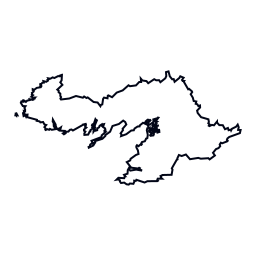 outline of Donegal Lea-6, Donegal, Ireland
{"feature_id": "5873133B96049761393494", "entity_name": "Donegal Lea-6", "entity_type": "district", "adm_level": 2, "iso_a3": "IRL", "parent_name": "Ireland", "parent_adm1": "Donegal", "projection": "mercator", "projection_center": [-8.322, 54.625], "detail": "fine", "context": "isolated", "style": "outline", "palette": "ink", "viewbox_px": 256, "rotation_deg": 0, "n_neighbors": 0, "source": "geoboundaries", "source_scale": "gbopen_adm2", "svg_char_len": 5813}
<svg xmlns="http://www.w3.org/2000/svg" viewBox="0 0 256 256"><path d="M144.6,182.5L147.4,181.2L157.4,181.1L158.0,180.7L157.3,179.8L157.7,178.7L162.1,178.7L160.8,177.6L161.2,176.8L160.6,176.0L162.5,175.0L171.6,174.8L172.5,169.6L171.8,168.4L176.7,159.8L177.5,159.4L177.3,158.4L178.9,155.0L181.7,156.0L185.9,154.5L190.0,159.2L198.3,157.9L200.8,158.7L208.4,158.2L209.6,159.4L214.9,155.5L213.0,152.8L216.0,149.1L218.5,148.1L220.2,146.2L219.7,144.5L220.9,142.7L222.1,143.3L227.1,141.4L227.7,140.8L226.9,139.9L227.4,138.5L229.2,137.0L239.9,133.1L240.6,130.0L238.1,129.9L238.7,127.2L237.7,124.6L236.1,126.7L231.9,128.8L231.1,130.4L230.8,129.6L228.6,130.2L227.9,128.0L225.0,129.2L222.8,125.2L219.3,125.1L217.0,122.5L217.0,121.6L214.0,125.3L211.9,124.9L209.5,126.1L208.8,125.7L209.6,124.4L208.3,123.3L208.9,122.0L208.4,119.3L201.1,117.2L197.7,113.0L197.1,110.6L200.1,107.5L200.0,105.5L198.4,106.1L197.3,104.3L195.7,103.8L196.3,101.5L193.7,101.0L192.8,97.6L190.7,94.2L192.2,92.1L191.9,91.3L189.1,88.9L188.2,89.3L183.8,81.7L184.2,81.0L182.7,81.0L182.0,80.0L183.6,77.7L180.3,76.3L179.3,78.0L174.6,81.8L173.7,79.1L172.2,79.3L169.8,76.3L168.5,71.4L166.0,72.1L166.3,76.1L165.3,78.3L160.4,82.2L159.1,80.2L156.2,80.3L154.2,79.2L148.2,83.2L146.5,81.1L142.4,80.5L140.8,78.6L141.1,82.0L139.2,82.0L136.0,85.4L130.0,86.2L128.5,85.3L122.7,90.4L116.7,92.6L112.1,97.2L108.4,95.4L107.8,95.7L107.5,98.3L104.0,97.6L103.1,98.9L102.3,104.4L100.9,104.9L100.4,106.2L97.6,102.5L93.6,102.0L87.7,97.4L86.5,98.0L84.1,96.5L82.9,97.7L76.0,96.0L69.3,98.5L61.0,99.5L60.4,98.6L61.1,97.1L60.3,95.9L60.3,93.6L58.6,92.2L58.7,90.7L57.3,89.6L62.4,84.9L60.3,82.3L61.6,80.4L61.9,75.5L61.1,76.1L59.6,76.3L58.1,76.1L54.4,78.0L52.6,77.4L50.4,78.7L48.1,78.3L48.6,79.3L47.5,79.8L47.9,80.7L46.2,81.8L43.4,81.1L43.8,82.6L42.3,82.8L40.7,84.7L41.0,85.1L40.4,85.8L41.3,86.3L40.8,87.2L36.7,87.9L34.2,89.8L32.7,89.2L32.7,90.0L33.8,90.4L33.7,91.5L31.9,92.9L32.2,93.7L31.8,94.6L33.0,95.2L31.5,96.6L32.2,96.7L32.4,98.3L34.1,98.2L34.3,97.5L34.9,97.5L34.4,97.9L35.6,98.5L33.8,98.3L33.6,99.5L32.7,99.9L29.5,99.2L29.7,100.1L27.2,100.6L25.9,101.9L25.2,101.2L24.1,101.6L24.0,100.5L23.2,100.2L22.4,101.7L21.4,101.4L20.8,102.8L22.8,106.0L25.5,106.2L24.4,107.8L25.1,109.5L25.1,111.2L23.9,110.9L24.1,111.9L23.0,113.1L23.6,116.1L24.5,115.7L24.8,114.2L25.8,116.2L26.1,114.7L27.5,114.6L27.2,117.0L28.0,117.4L36.9,119.8L36.7,120.8L39.6,121.4L40.4,122.4L43.1,122.0L44.4,124.4L46.2,125.0L44.4,127.1L45.9,128.8L45.3,129.6L45.6,130.0L47.6,129.2L49.1,129.8L49.9,128.9L51.8,129.8L55.8,129.1L53.8,126.3L53.6,122.9L52.7,121.6L52.9,119.6L55.4,124.1L54.7,124.4L54.5,126.0L55.2,126.9L55.9,126.2L56.7,128.6L59.0,128.7L60.9,127.4L60.5,128.8L58.0,129.6L59.4,130.6L64.6,130.9L63.9,132.9L62.9,133.4L63.9,134.3L65.7,133.2L66.0,131.7L68.4,131.6L69.9,129.8L71.5,129.5L72.9,130.5L83.4,124.6L85.6,125.2L85.6,124.3L85.2,124.4L84.7,124.3L84.5,124.2L85.7,123.9L86.0,124.8L85.1,126.9L86.3,127.6L84.0,129.5L84.0,130.7L85.4,131.5L84.3,133.5L84.4,134.9L88.2,134.6L89.6,131.6L90.3,131.5L90.4,130.2L92.7,128.5L93.3,126.5L92.4,126.7L92.8,125.5L92.0,125.3L92.2,124.6L93.9,123.6L95.4,119.2L96.2,120.4L97.2,119.6L95.0,124.9L94.7,126.5L95.2,127.7L93.6,129.0L94.3,129.6L93.5,131.0L93.5,131.7L95.0,129.6L95.5,130.7L97.2,130.2L97.3,128.4L99.1,127.3L99.6,125.8L101.6,124.5L101.6,125.8L102.3,126.1L103.0,125.3L102.7,124.4L104.0,124.1L103.0,127.0L105.1,128.4L105.3,129.4L104.7,130.3L105.3,130.5L104.7,131.5L105.7,131.9L101.2,135.8L101.9,135.4L101.3,137.1L91.5,140.8L92.5,142.8L90.2,144.6L89.7,146.6L88.6,147.0L88.8,147.7L93.3,145.5L94.1,144.2L93.2,144.1L93.1,143.0L95.2,142.4L95.1,141.1L102.4,138.8L105.3,136.0L105.3,135.1L110.1,131.7L112.5,126.0L118.9,124.0L123.2,120.6L125.2,122.0L126.3,124.5L122.6,128.8L123.0,130.1L120.6,133.4L121.5,134.5L121.1,136.1L126.3,134.2L131.3,130.5L133.8,130.3L134.6,128.5L137.6,126.5L139.6,126.4L139.8,125.4L143.0,122.8L146.1,124.2L145.8,123.1L145.0,123.3L144.3,122.9L145.7,122.3L145.7,121.4L147.6,119.7L148.7,119.8L148.9,120.7L151.0,119.7L149.3,121.7L147.0,122.3L148.5,123.7L148.0,124.7L148.0,126.8L148.2,124.8L149.9,124.7L153.6,121.7L153.3,119.4L155.3,118.8L154.7,120.2L157.6,118.6L158.0,117.6L158.4,117.7L155.5,121.6L156.9,121.8L155.9,122.6L155.4,124.4L154.2,124.8L151.6,126.2L155.5,124.8L154.7,125.9L158.8,125.4L155.5,126.6L154.8,127.5L156.5,127.2L156.7,127.6L154.0,128.6L154.5,129.7L156.7,128.4L157.1,129.9L159.1,129.9L159.3,131.0L157.7,131.6L157.9,131.9L158.6,131.8L158.9,132.1L156.5,132.9L157.6,132.3L157.4,131.2L156.0,130.8L154.9,132.2L155.3,130.4L154.1,130.1L153.3,131.8L154.7,132.2L153.6,133.0L153.9,134.2L153.4,135.4L150.6,135.8L150.1,135.2L151.8,133.5L149.3,131.7L150.8,130.3L150.7,129.5L149.5,130.6L149.1,130.4L149.2,130.0L149.8,129.7L148.9,129.1L150.6,129.4L150.6,128.6L149.6,128.4L149.7,127.5L147.3,128.2L146.8,130.2L147.8,134.8L147.3,138.2L146.1,138.6L144.9,141.2L141.9,142.1L141.1,143.7L141.8,144.2L141.4,144.8L140.6,144.4L138.5,146.2L137.0,145.2L136.3,146.2L136.4,147.5L137.9,150.4L138.5,154.0L135.9,155.0L130.6,158.8L130.2,160.4L126.8,162.1L131.2,167.7L138.1,168.5L139.1,167.8L139.7,168.1L139.1,168.8L139.4,169.7L140.1,169.5L141.3,170.1L141.2,170.5L136.2,169.6L130.3,170.6L129.0,169.2L130.3,167.5L129.3,167.4L127.8,170.0L127.5,173.7L124.1,174.8L124.8,175.7L124.0,175.5L125.1,176.3L124.2,178.2L118.4,177.8L116.5,179.7L118.2,179.4L119.9,180.4L119.9,181.5L121.0,183.0L124.2,182.6L126.6,184.3L128.7,184.6L129.9,183.5L133.4,183.8L134.3,181.8L134.2,180.7L135.8,180.9L136.4,179.8L144.6,182.5ZM16.4,113.3L15.7,113.5L15.9,115.2L15.5,114.8L15.4,115.3L17.5,115.4L16.4,113.3ZM153.1,128.6L152.3,127.7L151.2,128.7L151.5,129.0L153.1,128.6ZM151.8,123.8L152.7,123.6L153.8,122.8L151.8,123.8ZM153.1,130.4L152.4,130.1L151.9,130.4L152.1,131.0L153.1,130.4ZM60.4,75.4L60.9,76.0L61.2,75.4L61.2,75.1L60.4,75.4ZM40.3,84.0L39.4,83.9L40.4,84.2L40.3,84.0Z" fill="none" stroke="#020617" stroke-width="2"/></svg>